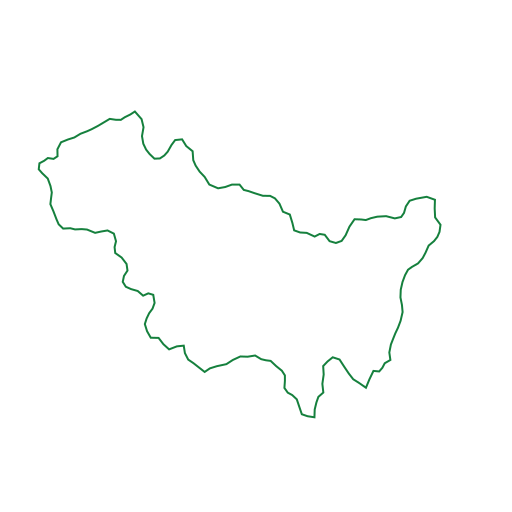 outline of Serra Azul de Minas, Minas Gerais, Brazil, rotated 165°
{"feature_id": "56859067B40983562978217", "entity_name": "Serra Azul de Minas", "entity_type": "district", "adm_level": 2, "iso_a3": "BRA", "parent_name": "Brazil", "parent_adm1": "Minas Gerais", "projection": "natural_earth1", "projection_center": [-43.207, -18.391], "detail": "fine", "context": "isolated", "style": "outline", "palette": "green", "viewbox_px": 512, "rotation_deg": 165, "n_neighbors": 0, "source": "geoboundaries", "source_scale": "gbopen_adm2", "svg_char_len": 2510}
<svg xmlns="http://www.w3.org/2000/svg" viewBox="0 0 512 512"><g transform="rotate(165 256 256)"><path d="M423.9,328.5L417.4,327.1L412.4,325.3L405.4,320.0L399.0,319.7L392.8,319.1L387.5,314.4L387.4,306.5L390.3,301.2L391.2,295.3L386.2,289.3L383.1,281.8L383.9,275.2L388.7,270.9L391.4,265.5L389.7,260.0L385.3,256.4L379.3,252.8L375.3,246.9L369.7,247.8L365.3,245.1L366.1,236.9L369.6,231.9L374.0,228.4L377.8,224.0L381.0,219.0L380.7,211.6L378.8,204.3L371.3,202.1L368.3,194.8L364.1,188.3L355.8,189.2L349.0,188.1L349.8,180.6L348.3,173.5L344.1,168.6L339.9,163.0L335.6,157.3L329.6,159.4L322.3,159.7L312.6,159.2L305.2,161.6L297.1,163.0L290.2,160.9L282.6,160.1L277.7,155.0L273.4,152.7L269.0,150.9L265.0,144.4L260.7,138.5L259.0,133.2L260.4,127.9L262.7,121.2L260.7,115.8L257.0,112.3L253.7,107.0L253.2,99.0L252.7,91.3L247.7,87.9L241.3,85.1L239.0,92.6L235.5,99.0L232.2,103.8L226.3,106.7L225.0,115.3L221.3,124.0L219.6,132.3L214.2,135.6L208.1,138.3L202.1,134.4L199.4,126.1L196.8,118.5L194.0,111.8L189.3,106.7L183.9,100.3L178.3,107.6L172.3,114.6L166.9,112.6L162.9,115.3L159.4,119.1L153.1,120.8L152.2,128.3L148.6,135.6L144.7,140.9L141.4,145.3L137.4,150.0L133.1,156.0L128.9,163.9L127.7,170.9L127.2,178.6L124.9,186.0L121.2,193.0L117.0,198.9L112.7,203.4L108.2,205.1L101.4,206.9L95.5,210.9L91.5,215.2L86.5,221.4L80.2,224.3L75.9,227.5L72.5,231.8L69.7,238.4L73.0,246.9L71.1,255.7L68.6,264.0L75.8,269.0L86.5,269.9L93.3,269.6L98.4,265.1L101.9,259.3L105.7,256.1L112.2,256.4L120.0,260.8L128.7,262.6L135.2,262.8L140.6,262.3L145.1,264.1L151.3,266.0L158.1,260.2L164.1,252.8L169.4,248.4L175.5,247.9L181.1,251.3L184.1,258.7L188.8,260.8L194.3,259.6L201.0,265.2L207.3,267.3L212.5,270.9L212.3,278.4L212.6,287.3L218.5,291.8L219.8,300.5L222.8,306.8L226.8,310.4L233.8,312.4L241.2,317.1L246.4,320.6L250.7,323.0L253.4,329.2L260.7,331.2L267.9,330.6L275.1,331.2L282.6,337.1L285.1,345.6L288.6,352.1L290.9,358.9L291.8,364.8L290.1,373.6L294.9,380.2L297.2,387.8L304.1,388.9L308.9,385.1L314.3,379.6L318.6,376.8L323.6,375.1L328.9,376.3L332.4,382.1L334.6,387.2L335.8,393.6L335.1,401.3L331.3,409.5L331.1,417.8L335.6,426.9L340.8,425.2L346.8,424.0L351.3,422.5L356.0,423.8L361.8,426.3L367.8,424.6L375.3,422.5L382.0,421.0L386.9,420.2L393.9,419.5L400.8,417.5L407.5,417.2L414.9,416.3L420.2,410.5L421.9,403.7L426.4,402.2L431.7,404.5L436.0,402.8L441.2,401.6L443.4,396.0L441.1,391.3L437.1,384.7L436.4,376.8L436.8,370.2L438.9,365.1L441.2,359.3L440.1,351.6L439.2,343.0L438.4,337.7L435.2,332.4L428.2,330.9L423.9,328.5Z" fill="none" stroke="#15803d" stroke-width="2"/></g></svg>